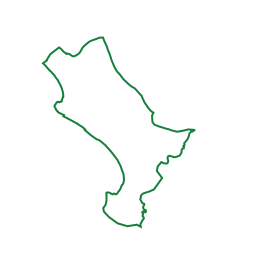 the district of Kota Bengkulu, Bengkulu, Indonesia, rotated 342°
{"feature_id": "22746128B322693337562", "entity_name": "Kota Bengkulu", "entity_type": "district", "adm_level": 2, "iso_a3": "IDN", "parent_name": "Indonesia", "parent_adm1": "Bengkulu", "projection": "robinson", "projection_center": [102.302, -3.836], "detail": "fine", "context": "isolated", "style": "outline", "palette": "green", "viewbox_px": 256, "rotation_deg": 342, "n_neighbors": 0, "source": "geoboundaries", "source_scale": "gbopen_adm2", "svg_char_len": 5091}
<svg xmlns="http://www.w3.org/2000/svg" viewBox="0 0 256 256"><g transform="rotate(342 128 128)"><path d="M67.3,40.2L67.4,40.3L68.0,41.9L68.7,43.0L69.0,43.6L69.7,45.6L70.6,47.6L71.0,48.6L72.2,50.6L72.8,52.0L73.2,53.0L74.0,54.4L74.1,54.7L74.4,55.7L74.6,56.5L74.8,57.4L75.4,59.1L75.7,59.8L75.8,60.2L76.0,60.7L76.1,61.5L76.3,62.2L76.3,62.8L76.4,63.4L76.6,64.3L76.7,65.0L76.8,65.3L76.9,65.9L77.0,66.3L77.1,66.6L77.1,67.4L77.1,68.0L77.2,68.6L77.2,69.2L77.2,69.7L77.2,70.5L77.2,70.9L77.2,71.1L77.2,71.6L77.2,72.5L77.2,73.0L77.1,73.9L77.0,74.6L76.9,75.1L76.8,75.7L76.7,76.2L76.6,76.7L76.4,77.4L76.3,77.8L76.2,78.1L75.8,78.1L75.4,78.9L75.3,79.2L75.2,79.3L74.5,80.0L73.6,81.1L73.6,81.8L73.4,81.8L72.7,82.1L72.3,82.4L71.9,82.3L71.2,82.2L70.8,82.2L70.5,82.3L70.4,82.3L70.2,82.1L70.1,81.8L69.9,81.9L69.7,81.8L69.6,81.7L69.1,81.5L68.6,81.5L67.9,81.9L67.3,82.2L66.4,82.8L66.4,82.7L66.4,82.8L66.4,83.1L65.9,83.4L65.8,83.5L65.7,83.5L65.4,83.7L65.1,83.9L64.9,84.2L65.0,84.4L64.9,84.8L64.8,85.4L65.2,87.3L65.3,87.7L65.2,87.7L65.4,88.9L65.4,89.0L65.9,90.0L66.2,90.8L66.3,91.0L66.4,90.9L66.7,91.6L67.2,92.3L67.3,92.3L67.9,92.9L68.2,93.2L69.2,94.2L70.0,95.0L70.6,95.5L70.9,95.9L71.1,95.9L71.2,96.0L70.2,96.9L71.3,98.1L73.2,99.9L74.3,101.1L75.6,102.4L75.8,102.6L76.8,103.7L77.1,104.0L77.7,104.7L80.0,107.1L80.7,107.7L81.1,108.0L81.7,108.9L81.8,108.9L81.6,109.0L83.7,111.5L83.8,111.7L84.2,112.1L84.8,112.8L84.9,113.0L85.0,113.0L86.8,116.0L86.2,116.4L86.7,117.3L89.6,121.9L89.6,122.1L91.1,124.2L91.2,124.4L93.1,126.9L94.5,128.7L94.6,128.9L96.9,130.7L98.3,132.8L99.7,135.0L101.1,137.3L101.6,138.5L102.5,140.5L103.5,142.6L104.6,145.3L105.5,147.6L106.6,150.8L107.1,152.2L108.1,154.9L108.2,156.0L108.6,158.5L109.2,161.9L109.2,164.0L109.3,166.8L109.4,169.4L109.5,170.2L109.1,172.1L108.6,174.3L108.0,176.6L107.0,178.2L106.0,179.6L104.5,180.5L103.2,182.0L102.2,183.3L100.7,184.6L99.6,185.3L97.1,187.2L95.6,187.3L94.5,186.0L93.5,186.1L92.5,186.3L90.9,184.2L90.1,183.7L88.6,182.9L87.5,182.9L87.1,184.0L86.6,185.8L86.0,187.7L85.6,189.0L85.0,190.7L83.7,192.9L82.8,194.2L81.3,195.4L79.7,196.5L79.4,198.5L79.3,200.0L80.0,201.8L82.5,207.0L88.7,215.5L97.1,221.2L106.5,222.7L109.6,225.9L110.1,223.2L114.3,219.4L114.7,219.3L114.8,219.2L115.0,219.0L115.1,218.9L115.2,218.7L115.2,218.3L115.2,218.1L115.2,217.7L115.1,217.4L114.7,216.4L114.7,216.2L114.8,215.8L115.0,215.5L115.4,215.2L115.6,214.8L115.7,214.6L115.8,214.3L115.9,214.1L115.8,213.9L115.8,213.7L115.5,213.2L115.5,212.9L115.4,212.7L115.5,212.5L115.6,212.4L115.8,212.2L116.0,212.2L116.5,212.1L116.8,212.1L117.0,212.1L117.4,212.2L117.5,212.4L117.6,212.5L117.9,213.0L118.0,213.2L118.2,213.4L118.3,213.5L118.5,213.6L118.8,213.4L119.1,213.2L119.4,212.6L119.4,212.1L119.5,211.8L119.4,211.6L119.2,211.4L118.7,211.3L118.4,211.1L118.2,210.8L118.1,210.5L117.8,209.4L117.8,209.2L117.8,208.5L117.8,208.2L118.0,207.8L118.1,207.6L118.3,207.4L118.5,207.2L119.1,206.7L119.3,206.5L119.5,206.3L119.7,206.0L119.8,205.8L119.9,205.7L119.9,205.4L119.9,205.1L119.6,204.9L119.4,204.7L119.2,204.6L118.9,204.3L118.8,204.1L118.6,203.9L118.5,203.7L118.3,203.4L118.2,203.1L118.2,202.9L117.9,201.2L117.7,200.0L117.7,199.8L117.6,199.6L117.7,199.4L118.2,198.7L118.3,198.5L118.6,198.2L118.9,197.8L118.9,197.7L119.1,197.2L119.2,196.9L119.4,196.4L121.6,195.1L125.0,194.9L128.2,195.0L132.5,194.6L133.2,194.6L134.6,193.8L136.2,192.6L144.9,186.2L145.0,186.1L142.2,177.7L144.3,173.9L144.4,173.7L147.1,172.1L149.2,170.7L149.4,170.8L150.1,171.7L151.5,172.7L151.9,173.0L152.6,173.4L153.3,173.6L154.2,173.7L154.6,173.6L155.2,173.2L156.2,171.5L156.1,169.3L157.2,167.4L158.9,167.2L161.1,168.8L163.1,170.1L164.8,170.4L168.6,170.2L171.0,168.3L172.4,165.3L173.6,164.3L174.6,164.6L175.5,163.4L175.1,162.2L176.6,161.5L176.8,159.8L177.5,159.4L178.5,158.8L181.1,157.1L182.0,156.1L182.8,155.2L183.3,154.5L184.9,152.0L186.8,151.1L186.9,150.9L187.9,151.3L191.2,150.5L190.4,150.3L185.0,148.0L182.4,147.8L178.6,147.5L176.1,147.1L173.5,146.7L169.3,144.1L166.6,142.0L165.9,141.5L165.0,141.1L161.8,138.8L160.4,137.8L157.6,135.9L154.2,133.0L153.1,130.1L154.2,125.4L154.7,123.7L156.7,121.4L156.9,121.2L156.5,120.9L155.1,119.0L153.5,115.3L152.7,112.5L151.7,109.1L151.6,108.8L151.3,106.2L151.1,105.0L150.9,101.6L149.2,98.1L147.7,94.5L146.7,92.5L146.5,92.1L145.4,91.0L144.6,90.1L143.5,88.7L141.6,85.6L140.4,83.2L138.8,80.4L138.3,79.0L137.8,77.6L137.3,76.1L137.2,75.7L136.1,73.1L135.7,72.4L135.0,70.7L134.2,67.3L133.8,64.0L133.7,62.4L133.5,60.8L133.3,57.9L133.4,54.3L133.4,51.4L133.1,48.9L133.0,46.1L133.1,44.2L132.7,41.0L132.5,39.1L132.3,37.8L132.2,34.3L129.1,33.3L125.1,33.5L124.9,33.5L121.8,33.6L121.7,33.6L121.4,33.6L120.8,33.6L119.4,33.7L118.2,33.9L117.5,34.1L117.0,34.3L115.1,35.0L113.5,35.6L111.0,36.8L110.2,37.2L109.4,37.8L108.7,38.4L107.9,39.2L107.1,39.8L106.3,40.6L106.2,40.7L105.6,41.2L104.8,41.8L103.6,42.2L102.9,42.5L102.3,42.6L101.1,43.0L100.2,43.0L99.5,43.1L98.8,43.1L98.7,43.1L97.9,42.9L97.3,42.3L96.5,41.4L95.8,40.4L94.8,39.3L93.4,38.5L92.4,38.6L91.9,37.7L90.3,35.6L88.9,32.3L87.5,30.3L87.4,30.1L86.8,30.3L77.0,33.7L71.6,38.3L71.1,38.7L71.2,38.8L68.8,39.6L67.3,40.2Z" fill="none" stroke="#15803d" stroke-width="2"/></g></svg>